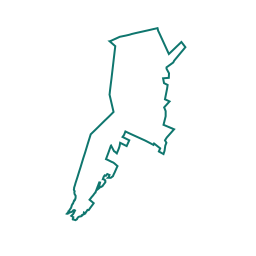 Francisco I. Madero, Coahuila, Mexico, rotated 18°
{"feature_id": "50627088B35500678821853", "entity_name": "Francisco I. Madero", "entity_type": "district", "adm_level": 2, "iso_a3": "MEX", "parent_name": "Mexico", "parent_adm1": "Coahuila", "projection": "natural_earth1", "projection_center": [-103.245, 26.23], "detail": "fine", "context": "isolated", "style": "outline", "palette": "teal", "viewbox_px": 256, "rotation_deg": 18, "n_neighbors": 0, "source": "geoboundaries", "source_scale": "gbopen_adm2", "svg_char_len": 3765}
<svg xmlns="http://www.w3.org/2000/svg" viewBox="0 0 256 256"><g transform="rotate(18 128 128)"><path d="M83.8,51.2L90.6,54.1L92.5,63.6L97.0,86.0L98.2,92.3L99.5,98.9L100.0,101.2L100.1,101.9L109.0,116.7L109.3,117.2L106.2,123.3L103.6,128.1L97.8,139.3L94.5,145.5L94.6,155.0L94.8,164.6L94.8,171.0L95.0,180.6L95.0,183.7L95.1,190.3L95.1,196.9L95.2,198.3L95.2,201.5L95.4,202.1L95.5,202.4L95.5,202.6L95.5,202.8L95.5,203.0L95.6,203.4L95.7,203.6L95.8,203.7L96.0,203.9L96.1,204.0L96.4,204.4L96.5,204.6L96.7,204.8L96.8,204.8L96.8,205.0L96.9,205.9L97.6,207.3L99.1,208.6L99.3,209.2L99.5,209.7L99.7,210.6L99.8,211.0L99.8,212.3L99.7,212.3L99.7,212.6L99.5,213.0L99.2,213.3L99.1,213.6L99.1,213.9L99.4,214.0L99.3,214.4L99.1,215.0L99.0,216.2L99.1,216.7L99.1,216.8L99.0,217.0L98.9,217.0L98.7,217.3L98.4,219.0L98.5,219.2L98.5,219.3L98.5,219.5L98.5,221.1L98.5,221.4L98.1,222.9L98.0,223.1L97.3,225.7L96.8,227.3L96.6,228.0L96.4,228.4L96.6,228.4L97.3,227.9L97.9,227.5L98.0,227.2L97.9,227.0L98.5,226.3L98.2,226.0L99.2,226.0L99.4,225.9L100.0,225.4L100.3,225.1L100.8,224.7L101.2,223.8L101.4,223.3L101.6,223.3L101.6,223.2L102.0,222.8L102.3,222.9L102.7,222.8L102.9,222.6L103.1,222.6L103.5,222.2L103.1,223.1L102.7,224.1L102.4,224.6L102.8,224.8L102.7,225.4L102.7,225.6L102.5,226.3L102.4,227.0L102.1,227.4L101.7,228.2L101.2,229.1L102.3,229.4L102.4,229.9L102.3,230.1L103.0,229.6L103.3,229.7L103.4,229.8L103.5,229.8L103.5,230.1L103.7,230.3L103.7,230.5L103.7,230.8L103.6,231.0L103.7,231.3L103.8,231.4L103.8,231.5L103.7,231.6L103.6,231.8L103.8,232.0L104.6,231.9L105.4,231.9L105.9,231.8L106.4,231.9L106.8,231.5L107.3,231.1L107.4,230.8L107.4,230.7L107.6,230.5L107.7,230.3L107.6,230.0L107.7,229.5L107.8,229.3L108.3,228.0L108.6,227.7L109.4,227.1L109.6,227.0L110.1,226.8L110.9,226.3L111.0,226.1L111.0,225.2L111.5,224.8L113.0,223.4L113.3,223.0L113.4,222.9L113.0,222.8L112.7,222.9L112.6,223.0L112.4,223.4L112.2,222.1L113.0,222.3L113.6,221.5L114.2,220.8L114.4,219.9L114.8,218.4L115.9,218.3L116.0,218.2L116.3,217.3L116.6,216.2L117.1,214.7L118.3,211.2L118.6,210.1L113.6,208.1L114.5,205.7L114.6,205.3L115.5,203.2L115.8,202.4L116.2,201.1L116.8,199.6L116.8,199.4L117.0,199.3L117.0,199.2L117.0,198.1L117.1,196.3L117.1,195.9L117.1,195.7L117.2,194.6L117.2,193.5L117.3,192.9L117.4,190.5L117.4,190.1L117.5,188.6L118.3,188.5L118.5,191.6L118.7,194.8L119.3,193.9L119.4,193.7L119.5,193.4L119.6,193.2L119.8,192.8L120.1,192.4L120.3,192.3L120.7,192.3L120.9,192.1L121.2,191.8L121.3,191.5L121.9,190.7L121.9,190.4L122.3,189.2L123.2,186.6L123.2,186.2L122.6,185.4L122.6,184.9L121.6,184.4L121.3,184.4L121.2,184.4L121.2,184.5L120.1,184.2L119.9,184.3L119.9,183.8L120.0,181.7L120.5,180.2L121.7,180.3L122.5,178.2L123.6,178.3L124.9,178.4L124.8,179.3L125.0,180.6L124.4,181.3L124.3,181.5L126.7,180.8L127.0,180.7L127.2,180.4L128.5,178.6L128.6,178.3L128.7,176.7L129.1,174.0L129.2,172.7L129.3,172.0L129.6,168.9L129.7,168.2L129.8,167.5L125.9,165.8L124.6,165.4L123.6,165.3L123.2,165.3L118.6,164.6L116.7,164.4L117.0,157.7L117.2,150.1L117.3,149.9L121.9,154.4L122.9,154.6L125.2,155.6L125.6,150.5L125.6,147.9L125.1,144.5L132.3,145.6L133.0,139.3L125.6,138.2L126.4,135.7L126.6,132.1L132.0,132.8L133.7,133.0L147.9,134.6L149.2,134.8L153.4,135.5L157.4,136.2L157.6,134.7L164.9,137.4L164.6,140.8L169.8,141.8L169.8,138.4L168.9,133.2L169.1,130.2L167.0,128.3L167.8,125.1L172.2,115.0L160.8,114.0L160.2,105.3L160.0,104.6L158.6,100.3L156.0,97.2L159.3,89.9L157.1,89.6L154.3,89.3L153.0,78.4L152.4,74.8L148.4,74.2L146.0,69.9L151.3,67.7L150.1,63.3L146.3,59.7L145.9,58.4L146.1,58.1L150.8,51.7L151.1,49.7L157.6,33.4L152.2,29.7L144.0,45.0L130.2,30.0L127.5,27.1L126.7,26.3L126.5,26.0L125.8,24.9L125.6,24.5L125.2,23.9L117.9,28.3L105.7,35.5L102.6,37.4L100.9,38.6L100.3,39.0L97.3,40.8L92.0,43.8L84.0,51.1L83.8,51.2Z" fill="none" stroke="#0f766e" stroke-width="2"/></g></svg>